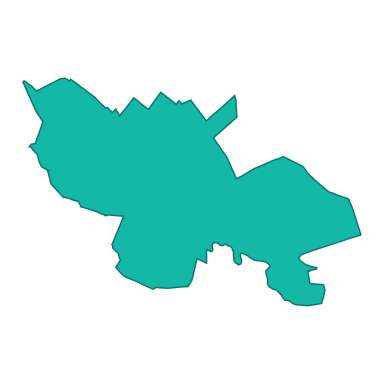 Rūjiena, Rujienas, Latvia (Mercator projection)
{"feature_id": "27541924B56820774497213", "entity_name": "Rūjiena", "entity_type": "district", "adm_level": 2, "iso_a3": "LVA", "parent_name": "Latvia", "parent_adm1": "Rujienas", "projection": "mercator", "projection_center": [25.348, 57.894], "detail": "fine", "context": "isolated", "style": "filled", "palette": "teal", "viewbox_px": 384, "rotation_deg": 0, "n_neighbors": 0, "source": "geoboundaries", "source_scale": "gbopen_adm2", "svg_char_len": 5501}
<svg xmlns="http://www.w3.org/2000/svg" viewBox="0 0 384 384"><path d="M29.2,146.8L30.5,146.9L31.9,148.3L33.5,150.5L37.0,154.2L37.5,154.9L37.9,155.8L38.2,157.5L38.3,159.0L39.4,162.1L40.3,164.1L40.9,165.5L42.3,166.9L43.6,167.9L45.4,169.0L48.9,170.8L47.8,171.3L47.9,171.7L48.7,174.6L51.0,183.9L62.2,196.1L63.5,197.3L63.6,196.9L69.2,198.5L71.5,199.2L71.6,199.6L78.4,201.5L79.4,203.3L81.1,206.9L81.3,206.8L84.5,207.8L96.5,211.6L101.0,213.7L105.1,215.1L105.0,215.5L106.9,215.7L107.1,215.3L107.6,215.3L107.8,214.9L108.1,214.9L115.8,215.6L119.7,215.9L123.7,216.2L118.0,230.1L112.1,244.4L111.9,244.6L112.1,244.7L112.2,244.8L112.3,245.0L112.5,245.4L112.7,245.9L112.8,246.4L112.7,247.4L112.8,248.0L113.2,248.5L113.7,249.0L116.4,251.6L116.5,251.5L117.3,252.3L118.4,253.7L118.6,254.5L119.3,257.6L120.3,259.7L120.5,259.8L115.9,267.3L120.0,272.2L122.9,275.1L123.0,275.2L125.8,277.0L127.1,277.7L128.4,278.1L129.4,278.6L129.5,278.6L135.6,281.0L144.4,285.2L145.9,286.0L153.1,289.2L153.3,288.9L156.1,287.5L159.4,287.7L167.0,288.2L169.7,288.1L171.2,287.9L171.9,287.9L176.5,287.3L181.6,286.9L183.6,286.8L187.9,286.6L188.1,286.3L191.6,280.7L191.8,280.4L192.0,280.1L192.0,279.9L193.1,275.3L193.9,271.7L194.9,267.8L195.0,267.1L195.8,263.7L196.9,258.6L206.6,263.1L206.5,252.0L207.0,249.4L207.7,249.8L208.5,250.3L209.4,250.9L210.5,251.4L211.7,251.3L212.4,250.7L212.7,249.6L212.7,248.5L212.4,247.5L212.3,246.1L212.2,245.4L212.3,244.6L212.6,244.0L213.1,243.5L213.6,243.1L214.6,242.7L215.6,242.6L216.7,242.8L218.0,243.4L219.2,244.5L219.9,245.0L220.8,245.4L222.0,245.7L223.2,245.5L224.1,244.6L224.9,244.2L225.5,244.3L226.6,244.9L228.1,245.8L230.0,246.2L230.6,246.7L231.7,247.7L232.0,248.2L232.5,249.6L233.4,251.6L233.6,256.4L234.0,260.1L234.6,261.7L236.0,263.2L237.1,263.8L238.0,264.5L239.0,264.9L240.4,264.2L241.4,262.6L241.7,260.9L241.2,259.0L240.7,257.1L240.4,255.2L240.8,253.8L241.9,253.1L244.0,254.1L246.8,255.3L248.9,256.6L249.2,257.0L249.7,257.2L250.2,257.6L250.7,257.9L251.7,258.4L254.1,260.1L255.8,260.4L258.5,260.8L262.1,261.1L265.6,262.0L267.9,263.3L269.6,265.1L269.7,266.8L268.7,268.0L267.6,269.3L266.2,270.4L265.8,271.7L266.0,272.5L266.3,275.1L267.2,277.2L267.7,279.1L267.6,281.2L267.5,282.9L267.7,284.1L268.2,285.2L268.7,286.0L269.3,286.9L269.4,287.0L269.5,287.1L269.8,287.3L270.0,287.3L270.2,287.5L270.3,287.5L270.5,287.7L270.7,287.8L270.9,287.9L271.0,288.0L271.3,288.1L271.5,288.2L271.7,288.3L271.9,288.4L272.0,288.4L272.0,288.5L272.3,288.6L272.5,288.7L272.8,288.8L273.0,288.9L273.0,289.0L274.5,289.6L275.7,289.9L275.8,289.9L276.0,289.9L276.3,290.0L276.5,290.0L276.9,290.3L277.0,290.4L277.2,290.6L277.3,290.8L277.4,291.0L281.1,294.9L284.5,299.8L284.7,300.0L284.9,300.1L285.0,300.2L285.4,300.2L285.6,300.3L285.7,300.2L285.9,300.2L286.0,300.2L287.0,300.1L287.4,300.1L287.5,300.2L287.9,300.2L288.0,300.3L288.3,300.4L288.5,300.4L288.6,300.5L288.8,300.5L289.0,300.6L291.5,302.5L291.8,302.7L291.9,302.8L292.0,302.9L292.2,303.0L292.3,303.2L292.5,303.3L292.8,303.4L293.0,303.5L293.3,303.7L293.4,303.8L293.6,303.9L293.8,304.0L294.0,304.0L294.3,304.2L294.5,304.2L294.6,304.3L294.8,304.4L295.0,304.4L295.2,304.5L295.3,304.5L295.5,304.5L295.9,304.6L296.1,304.6L296.4,304.7L296.6,304.7L297.0,304.8L302.0,305.2L308.2,305.7L309.1,305.6L321.6,303.4L322.7,299.1L323.2,298.4L325.0,289.9L323.5,284.8L315.5,284.0L310.0,283.7L309.2,279.5L308.3,274.0L307.8,271.5L309.7,271.0L309.6,270.7L310.3,270.5L312.1,270.0L313.1,269.8L316.5,269.1L316.5,268.9L316.6,267.5L315.1,267.4L311.9,266.7L310.0,266.2L306.6,264.9L304.1,263.5L302.9,262.8L299.9,260.1L298.5,258.6L301.2,254.7L305.2,253.2L311.7,250.8L322.6,247.3L327.9,245.6L334.5,243.3L339.7,241.7L347.5,239.1L347.8,239.0L350.4,238.1L354.4,237.0L360.0,235.2L360.6,235.0L361.0,234.7L360.6,233.5L360.1,232.0L359.8,231.1L359.4,230.0L359.0,228.7L358.5,227.4L358.3,226.9L358.1,226.0L357.7,224.8L357.3,223.6L357.0,222.5L356.6,221.3L356.5,220.8L356.2,220.0L355.9,219.2L355.5,218.1L355.1,216.7L354.7,215.5L354.4,214.7L354.1,213.5L353.9,212.7L353.5,211.6L353.1,210.4L352.8,209.4L352.6,208.7L352.3,207.8L351.9,206.8L351.4,205.7L350.8,204.4L350.3,203.3L349.8,202.2L349.3,201.1L349.1,200.2L348.9,199.5L348.6,199.0L335.8,194.5L335.2,194.2L332.6,193.1L328.6,191.8L312.6,178.2L312.8,177.8L312.2,177.5L308.1,173.7L303.9,167.6L303.4,166.9L303.1,166.6L286.7,158.3L283.4,156.7L282.1,157.5L280.2,158.1L275.2,159.8L273.0,160.5L265.5,163.8L260.6,165.9L260.0,166.2L254.0,168.7L253.5,169.0L252.9,169.4L247.7,172.5L242.1,175.9L240.9,176.5L236.5,178.8L232.6,170.1L226.9,157.3L226.5,156.6L223.7,152.9L222.6,151.2L219.4,146.5L213.5,138.0L215.9,135.6L218.9,133.1L219.2,132.8L225.6,127.2L231.2,122.2L236.8,117.2L236.9,116.0L236.5,111.2L236.3,108.5L235.9,103.2L235.9,101.9L236.1,101.4L236.0,100.3L235.7,99.2L235.3,97.9L234.6,95.6L229.7,100.1L221.6,107.5L219.6,109.2L217.3,111.2L213.4,114.4L206.3,121.0L195.8,106.9L190.8,100.2L184.8,102.5L181.9,104.0L179.7,101.4L178.9,100.7L176.1,104.3L171.6,100.8L166.7,96.9L161.4,92.7L160.9,92.3L155.8,99.1L153.0,102.9L152.8,103.2L148.4,109.4L145.3,107.1L139.6,102.5L133.9,97.9L133.7,97.8L129.6,103.3L119.6,115.9L115.8,109.1L112.5,112.5L109.4,109.7L107.5,107.6L105.8,108.1L99.6,102.3L94.6,97.1L82.8,88.2L81.4,87.4L80.5,86.9L79.2,85.5L70.7,79.3L69.8,81.0L65.0,78.3L60.2,78.9L48.3,85.0L36.5,91.1L31.6,86.0L28.0,83.7L24.1,80.8L23.0,82.2L23.9,84.1L35.8,110.8L42.4,121.1L42.8,121.9L42.4,123.2L41.8,125.7L41.3,126.6L37.0,138.8L36.7,139.6L35.1,143.7L33.5,143.9L33.0,144.0L32.2,144.0L31.6,144.1L31.2,144.5L30.8,144.9L30.2,145.5L29.2,146.8Z" fill="#14b8a6" stroke="#0f766e" stroke-width="1.5"/></svg>